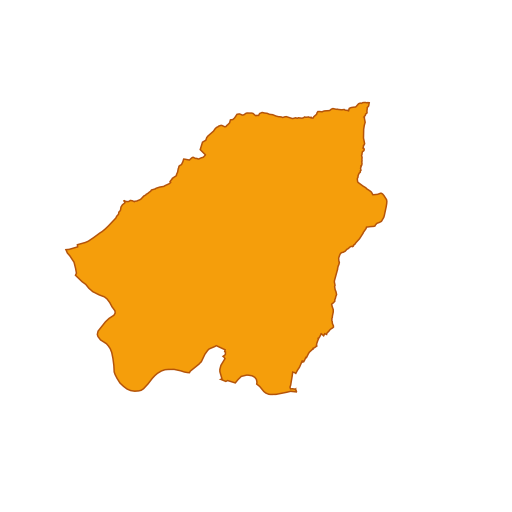 outline of Rapoltu Mare, Hunedoara, Romania, rotated 49°
{"feature_id": "2599482B38890136651952", "entity_name": "Rapoltu Mare", "entity_type": "district", "adm_level": 2, "iso_a3": "ROU", "parent_name": "Romania", "parent_adm1": "Hunedoara", "projection": "mercator", "projection_center": [23.103, 45.901], "detail": "fine", "context": "isolated", "style": "filled", "palette": "amber", "viewbox_px": 512, "rotation_deg": 49, "n_neighbors": 0, "source": "geoboundaries", "source_scale": "gbopen_adm2", "svg_char_len": 6075}
<svg xmlns="http://www.w3.org/2000/svg" viewBox="0 0 512 512"><g transform="rotate(49 256 256)"><path d="M385.5,314.3L384.6,314.6L384.0,314.0L383.3,313.9L382.7,313.5L382.8,313.9L382.3,313.9L382.5,313.7L382.3,313.5L381.9,313.9L381.9,314.1L380.2,315.5L378.9,317.1L377.6,316.6L377.1,316.2L376.3,314.7L370.3,307.4L367.7,304.5L369.3,303.4L370.7,303.0L369.4,299.6L369.0,298.2L368.9,297.6L368.3,295.8L365.7,290.4L366.4,290.4L366.1,289.6L367.1,289.4L366.5,287.7L365.2,284.9L365.8,284.6L364.1,280.5L363.6,278.8L363.5,275.2L363.5,274.6L363.7,273.9L363.1,273.6L363.6,272.0L363.8,269.2L363.4,269.3L363.0,268.9L361.8,267.4L360.2,264.6L359.5,263.1L359.3,262.8L358.9,262.9L359.1,261.9L359.0,261.6L358.0,259.0L357.4,258.0L357.4,257.8L358.0,257.6L360.6,257.3L359.7,255.1L361.5,254.2L360.8,253.3L360.5,249.9L360.2,249.0L360.2,247.4L360.5,245.6L360.5,244.2L359.5,243.4L357.0,242.6L355.5,241.5L354.2,241.0L353.6,240.2L352.9,239.8L352.6,238.9L351.4,237.7L348.9,234.4L347.2,232.9L344.0,231.6L342.1,230.6L341.9,229.9L342.1,228.4L341.8,226.1L340.7,225.3L340.2,224.1L338.9,222.3L338.0,220.5L335.5,219.1L333.2,218.3L331.2,217.1L330.5,216.6L330.0,215.6L327.0,213.9L326.1,213.0L319.3,202.8L318.9,202.6L317.4,200.4L316.9,199.2L315.9,197.8L315.4,197.2L314.2,196.8L311.8,195.0L309.8,191.5L309.5,189.4L310.4,187.7L310.9,185.5L310.6,183.3L310.6,182.7L310.9,181.9L310.9,178.9L311.0,178.5L311.7,177.1L312.3,176.9L312.2,176.5L312.4,176.0L311.8,175.1L312.0,173.8L311.5,171.9L310.9,166.6L309.0,160.1L308.7,159.8L307.5,154.9L306.7,153.7L308.5,150.9L310.9,147.7L311.4,146.6L310.9,145.3L310.7,143.5L310.8,142.9L311.5,141.2L312.0,139.2L312.1,138.5L310.7,134.3L309.7,132.7L304.2,125.4L302.3,123.1L300.6,121.4L299.1,120.5L294.3,119.8L292.2,119.8L290.8,120.3L290.3,120.9L289.3,123.7L286.5,127.6L283.5,127.0L282.0,127.2L277.6,128.4L276.7,128.3L273.3,129.4L267.4,130.7L266.5,130.5L264.7,129.3L264.0,128.7L263.3,127.1L262.7,126.7L262.2,126.0L261.2,123.9L261.2,122.5L261.1,122.2L260.2,121.5L260.2,120.6L258.3,119.5L257.5,118.0L256.9,117.9L256.8,117.5L257.0,117.3L256.7,116.4L255.5,115.1L254.2,114.4L253.9,113.6L253.0,113.1L251.1,111.2L249.4,110.4L248.9,109.4L248.4,109.0L247.1,107.2L247.3,105.9L247.2,105.3L246.4,104.3L246.0,104.1L244.9,104.5L244.6,104.4L244.4,103.6L243.3,102.7L243.0,101.7L243.1,101.4L242.7,101.0L242.6,100.4L237.5,97.5L230.9,91.5L228.4,88.5L226.7,85.9L223.1,83.8L222.2,83.0L221.9,83.2L221.5,81.1L220.8,80.1L220.9,78.6L220.3,77.8L219.5,77.4L217.8,75.4L217.1,74.9L216.9,74.4L216.8,73.1L216.6,72.5L214.6,70.0L213.5,71.0L213.3,71.7L211.9,72.7L210.4,74.6L209.9,76.4L209.3,76.7L208.7,77.7L208.4,78.8L208.9,82.7L208.8,83.2L207.6,84.9L206.4,86.8L206.0,87.9L205.8,88.7L206.1,88.9L206.1,89.4L206.8,90.3L206.6,90.9L207.0,91.1L206.9,91.2L206.2,91.3L204.9,92.7L204.0,93.2L203.3,93.3L201.9,95.4L198.9,98.2L198.4,98.4L198.3,98.8L197.8,99.3L195.2,101.2L194.6,102.8L194.6,104.6L194.2,105.5L191.6,108.9L191.0,110.0L190.5,111.6L188.6,113.3L187.6,114.5L188.0,116.1L188.8,117.3L188.8,120.4L188.9,120.6L188.8,121.0L189.3,122.6L188.0,123.7L187.7,123.5L187.6,124.0L186.8,124.1L186.3,124.9L185.4,125.2L185.2,125.7L183.9,127.5L183.0,128.0L182.8,129.5L182.2,130.9L179.4,133.4L179.3,134.3L179.1,134.6L177.7,135.4L176.6,137.7L176.1,138.4L170.7,141.7L169.9,142.9L169.0,145.0L167.8,145.6L166.5,146.7L165.8,147.5L163.5,149.1L160.3,150.7L157.9,152.9L155.6,154.0L153.9,155.6L151.7,157.2L150.9,159.7L151.0,160.2L151.5,161.5L151.5,162.1L151.1,162.5L150.4,163.0L150.3,163.7L150.0,164.1L149.0,164.4L146.5,164.7L145.3,165.5L142.2,169.0L141.9,169.6L141.7,170.1L141.5,172.4L141.1,173.3L140.5,174.0L139.1,174.6L137.8,175.4L136.6,177.4L137.6,181.0L137.8,182.1L137.8,184.0L136.5,186.0L138.2,188.6L138.4,191.2L138.3,192.4L138.6,193.7L138.0,194.8L135.3,196.0L134.5,196.6L133.5,198.9L133.5,200.1L133.1,201.2L133.1,203.1L133.9,206.2L133.9,213.4L134.3,215.5L135.7,217.9L135.0,221.7L139.1,228.3L146.4,227.8L146.6,228.1L146.9,231.0L146.0,232.9L145.2,235.6L144.7,236.1L143.6,236.6L142.8,237.5L141.6,238.2L140.7,238.4L140.2,238.8L139.9,239.4L139.8,240.5L139.9,243.3L136.1,246.3L135.4,247.0L136.8,249.2L138.1,252.2L138.0,253.0L137.8,253.6L137.7,255.2L138.8,256.7L139.1,257.4L141.3,260.2L142.3,262.5L142.9,263.0L143.1,263.6L142.5,268.2L142.7,268.3L143.4,272.0L144.5,272.2L144.5,274.1L143.2,278.5L143.0,279.9L140.9,283.3L139.4,286.8L139.2,287.7L139.3,287.9L137.6,291.6L138.0,293.1L137.8,294.9L137.8,296.6L137.4,298.4L137.6,298.8L137.4,300.3L137.1,301.2L137.2,302.6L137.4,302.9L137.3,303.4L137.5,304.7L137.5,305.9L137.3,306.9L136.6,308.9L136.4,309.8L134.8,312.2L134.9,312.3L133.2,313.1L131.6,314.4L131.5,315.8L131.0,316.9L129.8,318.1L128.8,318.8L127.9,319.0L127.7,319.4L128.0,319.6L129.0,319.6L129.7,319.9L129.9,320.3L129.7,323.1L130.5,325.8L132.5,328.2L132.8,329.3L132.9,330.7L134.3,332.4L134.6,335.1L135.4,336.8L136.5,347.7L136.7,352.0L136.6,356.2L136.2,358.7L135.6,366.4L134.8,372.9L133.8,376.0L130.3,383.4L132.1,384.6L128.4,392.7L126.5,395.3L130.0,396.4L133.8,396.4L141.3,397.4L147.0,400.3L151.2,402.8L152.1,404.9L161.3,404.1L165.7,403.1L170.7,403.3L175.8,402.6L182.4,399.9L187.4,397.2L190.6,396.6L195.1,396.9L199.9,398.0L204.8,398.4L206.7,399.7L207.5,402.1L206.7,407.8L206.9,412.8L209.1,424.5L211.1,427.2L213.1,428.1L217.3,428.4L224.1,426.4L226.8,426.4L230.3,426.8L234.2,428.2L239.5,431.2L245.5,435.2L250.5,439.1L253.0,440.1L257.0,441.1L262.7,442.0L267.5,441.5L271.8,440.6L275.3,438.9L278.5,436.2L280.8,433.1L282.0,430.8L282.4,428.0L281.7,421.5L280.3,414.5L279.9,410.6L279.9,407.4L280.7,402.8L282.1,399.3L284.0,396.7L287.8,392.2L293.3,388.1L296.5,386.2L299.0,384.2L300.4,382.8L299.8,381.2L300.2,369.9L299.9,367.5L300.0,366.8L296.6,359.0L295.5,354.3L295.4,352.3L297.3,346.5L297.6,344.8L306.6,340.8L307.6,342.4L308.4,342.0L310.2,343.7L310.3,345.0L310.1,346.7L311.4,346.5L313.1,346.7L315.5,354.2L317.9,357.7L319.7,359.2L326.4,362.3L326.0,363.5L330.8,361.1L331.4,359.1L338.2,354.9L337.5,350.7L337.2,346.1L339.8,341.1L341.2,339.7L343.9,337.5L346.8,336.5L349.5,336.7L351.9,338.1L353.1,339.5L356.9,338.8L363.4,339.0L365.9,338.5L368.7,337.1L370.1,335.8L373.6,331.6L378.9,322.4L380.8,318.7L385.5,314.3Z" fill="#f59e0b" stroke="#b45309" stroke-width="1.5"/></g></svg>